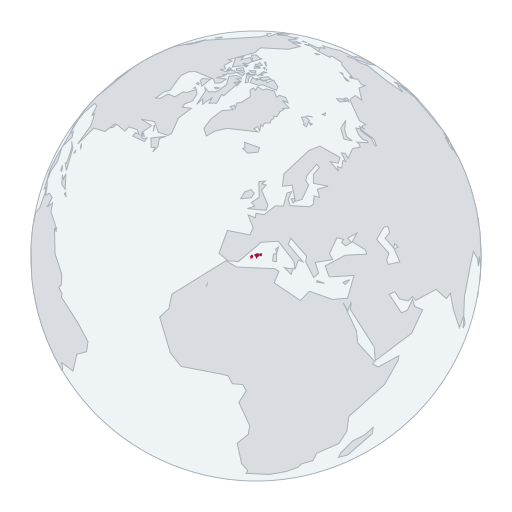 globe centered on Baleares, rotated 16°
{"feature_id": "ESP-5808", "entity_name": "Baleares", "entity_type": "Autonomous Community", "adm_level": 1, "iso_a3": "ESP", "parent_name": "Spain", "parent_adm1": "", "projection": "orthographic", "projection_center": [2.709, 39.359], "detail": "fine", "context": "on_globe", "style": "filled", "palette": "rose", "viewbox_px": 512, "rotation_deg": 16, "n_neighbors": 0, "source": "natural_earth", "source_scale": "10m", "svg_char_len": 11432}
<svg xmlns="http://www.w3.org/2000/svg" viewBox="0 0 512 512"><g transform="rotate(16 256 256)"><circle cx="256" cy="256" r="225" fill="#eef3f6" stroke="#a8b0b8"/><path d="M56.5,151.3L59.3,146.3L86.1,108.2L71.7,126.4L81.3,113.8L92.5,101.1L101.1,92.5L119.0,77.6L136.7,68.3L130.8,72.2L135.7,70.0L143.4,65.3L147.2,62.8L174.5,53.1L200.9,43.7L206.1,40.4L207.4,41.9L215.3,36.0L227.6,33.2L215.5,36.8L215.7,37.6L225.0,35.6L227.3,36.1L233.0,35.6L234.9,36.5L227.7,39.2L228.7,40.1L235.2,38.6L241.2,39.2L231.5,41.0L240.8,42.3L230.5,48.2L203.0,54.6L199.1,60.6L175.4,75.0L179.4,75.2L172.9,81.6L175.1,84.4L170.1,86.8L176.1,87.1L180.3,84.5L184.3,83.8L186.0,85.4L179.9,88.6L178.2,88.2L177.2,90.0L173.5,91.0L176.3,91.4L168.7,95.4L178.6,94.0L174.5,99.2L168.8,101.2L166.4,97.7L147.2,95.4L140.8,97.3L134.1,103.0L127.8,120.2L121.8,124.1L116.0,131.7L120.6,130.8L126.8,124.6L134.0,125.4L140.7,118.3L144.6,117.8L152.7,112.3L154.6,117.0L152.2,124.6L145.5,129.5L144.2,133.2L153.1,131.9L143.3,145.1L141.2,161.1L138.3,164.4L127.9,163.9L121.4,154.7L108.0,156.2L119.8,159.4L112.4,168.5L112.5,172.0L114.8,174.2L118.8,172.5L117.0,176.7L104.5,174.7L106.0,170.7L110.0,171.3L106.8,167.3L98.4,166.9L95.3,172.1L85.8,167.7L83.5,171.5L80.1,173.0L84.5,167.1L76.4,178.0L64.8,177.8L53.7,197.4L61.2,176.8L61.7,169.8L61.4,163.5L59.4,166.5L61.6,155.5L59.0,153.7L51.3,165.3L45.2,179.5L43.4,189.9L46.0,186.6L46.5,192.6L39.4,204.4L39.2,219.5L35.3,231.0L34.4,241.3L35.9,245.8L37.0,255.5L40.1,252.6L44.0,255.9L41.7,266.5L45.8,260.9L46.7,270.0L56.1,283.8L54.7,285.2L62.2,309.2L74.2,326.9L76.9,337.3L75.1,340.5L80.1,346.0L80.2,349.1L103.5,369.6L118.1,384.7L119.5,394.7L110.9,399.8L111.7,417.0L98.6,412.0L101.1,417.4L100.9,419.4L89.6,407.8L79.1,395.5L69.5,382.4L60.9,368.7L53.4,354.4L49.1,345.2L45.8,336.9L36.8,307.9L33.3,289.6L32.9,282.8L32.1,275.0L34.8,269.5L35.9,253.2L35.5,247.9L33.9,249.9L34.2,230.0L36.8,215.5L49.8,165.4L56.5,151.3ZM50.2,202.9L50.2,226.0L47.0,219.1L48.2,219.0L48.9,211.7L49.0,201.6L47.1,196.4L50.2,202.9ZM57.3,199.1L57.0,195.9L57.7,198.3L57.3,199.1ZM148.6,61.7L143.3,65.2L135.6,69.6L139.7,66.5L148.6,61.7ZM163.6,54.8L161.8,56.2L156.4,57.7L159.1,56.4L163.6,54.8ZM209.4,38.2L204.7,39.6L208.5,38.2L209.4,38.2ZM233.5,35.4L234.2,34.9L236.9,34.9L233.5,35.4ZM151.1,110.3L151.8,111.3L149.9,111.7L151.1,110.3ZM153.8,107.1L151.1,106.9L152.0,105.4L153.7,105.5L153.8,107.1ZM242.2,36.5L246.4,36.9L240.9,36.9L242.2,36.5ZM157.1,107.7L154.0,102.7L155.6,100.1L163.5,98.6L157.1,107.7ZM248.0,37.5L258.2,38.9L260.5,37.8L259.8,42.2L251.3,39.2L244.2,39.2L248.2,38.4L248.0,37.5ZM180.9,83.0L176.5,85.9L178.6,82.1L180.9,83.0ZM181.2,80.7L181.9,71.0L189.2,67.8L187.5,71.6L195.6,66.7L198.8,70.0L195.1,73.4L189.7,74.6L195.0,75.0L181.2,80.7ZM257.8,44.7L259.2,45.6L256.4,45.2L257.8,44.7ZM186.1,83.3L185.6,81.4L191.8,78.5L194.0,81.8L191.3,81.6L186.1,83.3ZM196.2,64.1L201.2,62.7L205.2,64.9L207.7,64.7L199.5,69.8L196.2,64.1ZM190.7,83.1L194.9,83.5L193.5,86.5L187.0,85.0L190.7,83.1ZM192.5,76.5L195.6,75.3L194.6,77.0L192.5,76.5ZM190.7,97.7L190.0,95.1L193.1,93.3L190.7,97.7ZM196.6,83.5L197.1,82.6L198.2,81.7L200.6,82.6L196.6,83.5ZM202.9,71.1L203.5,72.5L206.4,69.1L209.5,70.9L203.5,74.1L207.4,73.5L208.4,74.0L202.4,76.1L202.9,71.1ZM206.6,81.0L200.0,86.1L200.7,91.0L197.9,92.6L197.3,84.5L206.6,81.0ZM204.7,77.9L205.2,80.1L201.4,80.8L198.7,79.8L204.7,77.9ZM213.8,71.1L210.6,67.5L212.0,67.0L213.8,71.1ZM207.6,82.2L209.1,80.9L208.1,82.4L207.6,82.2ZM212.7,74.2L211.4,73.0L213.1,72.4L212.7,74.2ZM213.4,79.7L211.2,81.2L209.3,80.5L213.4,79.7ZM213.7,77.0L216.3,76.6L209.9,79.3L212.8,76.5L213.7,77.0ZM214.5,73.9L215.1,73.1L214.8,74.5L214.5,73.9ZM221.9,81.9L214.3,85.5L210.1,83.7L218.0,80.4L221.9,81.9ZM409.1,90.7L410.5,92.1L405.1,87.3L406.3,88.9L402.3,85.7L410.3,93.8L404.9,89.6L413.8,98.5L416.5,100.0L411.4,94.0L421.4,104.1L423.3,105.2L425.2,107.3L435.8,120.3L445.4,134.0L453.9,148.4L455.4,151.2L457.1,154.5L457.4,155.4L462.4,166.5L464.3,170.2L473.3,196.7L473.3,197.7L476.9,212.0L477.0,212.3L478.1,218.4L478.1,218.5L475.6,206.7L470.9,194.7L472.4,204.3L469.9,197.7L463.7,191.6L464.6,205.5L467.6,237.8L472.1,255.9L471.3,268.9L460.5,253.1L453.1,238.2L450.8,244.4L438.3,238.5L421.6,254.7L417.7,251.7L414.9,257.1L405.9,257.8L399.4,252.1L394.6,256.1L411.5,270.6L416.5,266.3L418.5,254.4L422.5,260.8L431.0,261.7L426.9,287.4L399.6,323.5L394.5,310.6L361.1,281.1L360.8,275.9L360.5,275.4L360.0,274.6L359.4,283.4L352.8,276.9L373.3,300.4L377.8,311.6L399.2,324.6L397.8,327.7L404.0,329.0L420.8,312.5L421.4,317.2L415.0,343.9L389.5,384.7L391.6,399.5L387.4,413.4L368.6,428.9L367.2,436.9L357.1,443.2L354.4,447.8L344.6,454.7L329.2,462.3L306.4,467.6L307.3,464.6L299.4,459.5L289.5,441.2L297.8,429.5L296.7,420.8L279.9,401.4L283.8,388.2L278.7,383.2L268.5,385.3L262.3,378.9L255.9,379.0L214.4,382.8L200.3,372.6L180.3,341.3L186.8,330.4L185.6,315.9L228.5,268.8L240.3,272.0L277.2,263.1L282.3,264.4L280.9,276.8L310.9,286.6L317.1,275.1L341.4,276.7L355.7,271.3L355.6,247.7L332.2,255.9L325.2,246.5L341.7,230.6L361.8,223.8L359.7,220.0L344.6,215.7L346.7,206.1L339.1,213.6L344.0,216.5L339.4,221.6L334.6,219.3L335.5,215.8L328.8,216.1L326.0,233.5L330.7,238.3L314.6,245.9L320.9,255.0L317.4,260.8L305.4,247.9L304.7,242.2L284.5,229.3L283.8,235.9L302.8,248.7L297.9,248.4L297.1,258.3L293.9,250.6L273.3,235.7L257.1,241.4L240.7,266.1L230.3,268.3L219.7,263.5L221.5,239.3L244.4,237.4L245.4,229.7L237.1,218.7L244.8,219.4L244.2,215.0L252.5,213.9L260.7,202.5L268.6,200.5L268.4,186.9L272.5,184.3L271.4,192.9L275.0,198.2L294.2,193.8L296.9,190.3L295.2,182.1L300.8,182.3L296.7,174.9L306.1,169.0L291.2,170.3L288.8,161.5L292.6,153.5L289.1,151.0L282.9,164.3L282.9,169.5L287.1,173.5L284.6,189.0L278.7,192.6L271.2,177.9L262.1,181.7L260.2,169.3L278.0,139.8L287.2,132.7L309.6,138.1L309.4,144.1L301.3,144.9L312.0,151.7L309.6,147.5L314.2,147.9L313.1,140.4L316.2,140.4L309.7,133.4L313.5,132.6L317.6,137.0L319.2,126.0L326.1,122.8L324.9,120.4L321.7,118.7L332.7,116.2L331.3,114.6L327.2,114.7L321.8,111.6L316.6,105.5L320.7,105.0L323.1,107.1L334.4,111.2L340.2,117.4L341.4,116.7L337.2,111.2L323.5,106.1L319.2,102.6L325.8,104.1L323.1,103.3L322.2,101.5L325.2,99.3L318.0,97.4L303.0,79.7L307.3,74.3L314.8,77.2L308.7,66.2L314.0,62.2L310.2,62.1L304.6,57.6L302.9,58.7L300.7,58.4L285.7,48.6L285.3,46.3L274.6,43.2L272.6,43.3L272.3,44.7L259.8,42.2L260.5,37.8L264.9,37.6L262.4,35.5L272.8,35.7L280.2,35.3L293.1,37.6L297.9,37.6L296.3,36.8L301.6,36.6L318.0,39.8L311.7,40.4L288.5,38.9L298.6,39.5L298.3,40.5L303.2,41.6L310.1,42.3L309.6,41.6L331.3,50.8L352.0,58.1L345.6,53.4L347.1,52.6L365.1,59.7L398.2,81.9L400.6,83.2L402.4,84.7L409.1,90.7ZM217.1,294.7L216.6,299.2L217.1,294.7ZM385.5,227.7L395.9,222.0L386.9,211.1L390.1,208.2L385.9,205.8L386.2,210.4L375.2,203.3L378.1,196.5L374.6,191.3L370.9,193.0L367.4,206.9L383.1,216.8L382.6,223.9L385.5,227.7ZM56.4,284.2L57.3,287.9L55.5,285.7L56.4,284.2ZM45.0,222.2L45.7,225.5L45.6,228.7L44.7,226.9L45.0,222.2ZM55.5,247.4L57.2,251.7L54.7,249.1L55.5,247.4ZM50.6,229.4L54.1,244.4L49.5,240.6L47.5,231.3L49.8,235.2L50.6,229.4ZM53.6,203.6L53.7,206.3L52.6,207.6L53.6,203.6ZM57.8,200.9L57.5,200.3L58.1,197.8L57.8,200.9ZM113.1,168.6L114.1,168.9L115.6,171.8L113.4,171.8L113.1,168.6ZM131.6,177.7L128.1,184.5L129.0,179.4L125.3,180.4L122.5,171.5L136.7,165.7L130.7,169.7L131.6,177.7ZM122.7,158.7L122.9,164.6L122.1,158.5L122.7,158.7ZM233.0,193.5L237.0,196.1L235.5,201.3L225.4,205.2L227.5,197.5L233.0,193.5ZM242.9,198.7L238.3,183.8L244.3,181.3L241.7,185.1L246.2,184.9L243.2,191.2L253.6,203.9L252.9,209.4L234.7,212.8L241.0,208.4L236.8,205.9L242.9,198.7ZM215.7,155.1L213.7,149.9L229.4,150.8L229.4,155.6L219.4,159.5L213.5,156.1L215.7,155.1ZM171.5,106.6L169.7,105.5L171.4,104.5L174.3,104.6L171.5,106.6ZM190.1,96.6L180.9,110.8L178.5,110.1L176.1,119.9L168.6,122.1L170.4,115.5L162.9,124.9L161.5,119.8L157.1,126.5L161.9,111.7L160.4,108.0L164.9,111.2L171.8,109.3L174.4,107.3L180.4,99.2L180.5,90.7L187.4,87.9L192.2,88.2L193.2,89.7L188.4,91.0L193.2,92.2L187.1,95.3L190.1,96.6ZM244.6,99.8L238.6,99.4L247.2,104.7L241.1,106.8L242.5,107.3L239.2,110.9L237.7,116.3L234.5,116.6L235.2,118.6L233.1,121.2L233.1,124.2L227.4,126.0L226.9,129.8L224.4,128.5L225.1,134.7L222.0,131.0L219.0,134.3L223.6,136.2L192.8,141.3L182.2,147.2L175.1,154.4L170.8,147.7L174.7,136.9L183.0,125.9L193.8,121.5L189.9,119.6L193.9,117.0L195.3,119.6L195.5,114.1L199.2,112.8L206.6,104.5L204.6,98.0L207.3,95.1L209.9,97.0L210.7,92.8L217.4,94.5L219.5,92.5L228.2,92.5L232.0,97.7L234.0,95.2L240.7,95.4L244.6,99.8ZM224.3,82.0L230.3,87.2L229.9,91.1L214.9,89.6L212.1,91.2L202.6,90.9L203.3,85.4L206.0,85.9L208.8,85.2L207.4,87.2L210.6,85.1L214.4,85.8L217.9,84.5L218.8,86.5L224.3,82.0ZM286.4,259.2L290.0,259.1L295.2,257.6L294.8,264.1L286.4,259.2ZM272.2,249.3L275.2,248.0L277.2,255.9L273.4,256.2L272.2,249.3ZM275.2,240.9L275.2,247.4L273.0,244.1L275.2,240.9ZM274.1,191.5L277.1,189.9L278.1,191.7L277.2,194.9L274.1,191.5ZM268.8,118.0L265.4,116.7L265.9,115.5L261.4,110.1L265.6,108.4L269.9,110.9L268.8,118.0ZM352.6,253.0L349.5,258.8L346.9,257.5L348.5,255.8L352.6,253.0ZM321.5,262.7L329.4,263.4L321.3,264.4L321.5,262.7ZM272.6,115.2L270.2,113.1L273.8,113.6L272.6,115.2ZM268.4,106.9L272.3,106.8L265.6,107.5L268.4,106.9ZM416.9,394.4L398.9,422.0L390.8,426.8L391.7,422.0L400.0,407.0L410.1,397.7L415.8,388.5L416.9,394.4ZM480.2,234.4L480.0,233.0L479.7,229.1L480.2,234.4ZM472.7,256.9L475.7,263.6L474.9,268.3L472.7,256.9ZM461.4,163.5L460.4,161.3L458.6,157.4L461.4,163.5ZM304.8,100.9L306.4,110.0L310.3,116.2L316.8,118.8L308.3,119.4L302.3,109.9L304.8,100.9ZM302.8,82.2L297.1,80.5L299.0,79.1L300.6,79.2L302.8,82.2ZM299.8,82.7L293.8,84.9L290.2,82.6L295.6,81.3L299.8,82.7ZM283.4,99.3L283.6,102.0L280.7,101.5L283.4,99.3ZM369.5,61.4L359.0,55.9L353.8,53.0L354.1,53.2L364.7,58.7L364.9,58.8L366.4,59.6L369.5,61.4ZM354.7,53.7L356.8,55.0L344.4,51.9L340.5,50.7L347.1,50.7L349.5,52.1L353.5,53.6L354.7,53.7ZM261.1,45.0L259.4,45.6L259.5,44.6L261.1,45.0ZM299.8,59.1L296.8,58.5L297.0,57.2L299.8,59.1ZM288.5,56.4L290.4,58.3L286.7,56.5L288.5,56.4ZM294.8,62.6L290.3,59.1L297.0,62.2L294.8,62.6Z" fill="#d9dde1" stroke="#a8b0b8" stroke-width="1"/><path d="M257.9,254.3L258.0,254.3L258.3,254.5L258.3,254.8L258.2,254.9L258.1,255.0L257.9,255.3L257.8,255.5L257.7,255.8L257.7,255.7L257.7,255.9L257.6,256.0L257.3,256.2L257.2,256.3L257.0,256.2L256.9,256.2L256.7,256.0L256.4,256.0L256.2,255.9L256.1,255.6L256.1,255.4L255.9,255.2L255.6,255.3L255.5,255.5L255.4,255.6L255.3,255.4L255.2,255.3L254.9,255.2L255.2,254.9L255.3,254.8L255.4,254.7L255.5,254.6L255.7,254.4L255.8,254.4L256.0,254.2L256.3,254.0L256.5,253.9L256.8,253.8L257.1,253.7L257.4,253.6L257.5,253.7L257.4,253.7L257.3,253.8L257.2,253.8L257.3,254.0L257.5,253.9L257.5,254.0L257.4,254.0L257.3,254.3L257.5,254.4L257.6,254.5L257.8,254.5L257.8,254.4L257.9,254.3ZM260.8,253.7L260.8,253.8L260.9,254.0L260.9,253.9L260.8,254.1L260.6,254.2L260.4,254.1L259.9,253.7L259.7,253.7L259.5,253.8L259.4,253.7L259.3,253.4L259.6,253.2L259.6,253.3L259.9,253.2L260.0,253.2L260.3,253.3L260.4,253.2L260.4,253.3L260.5,253.3L260.7,253.5L260.8,253.7L260.8,253.7ZM252.6,257.0L252.7,257.3L252.4,257.5L252.2,257.7L252.2,257.8L252.1,257.7L252.1,257.8L252.0,258.0L251.9,258.0L251.8,257.9L251.7,257.9L251.4,257.8L251.5,257.7L251.4,257.6L251.5,257.5L251.7,257.3L251.7,257.2L251.8,257.2L252.0,257.1L252.3,257.0L252.3,256.9L252.5,257.0L252.6,257.0ZM252.4,258.7L252.5,258.6L252.5,258.8L252.4,258.8L252.2,258.7L252.0,258.8L251.9,258.8L251.9,258.7L252.0,258.6L251.9,258.5L252.0,258.4L252.0,258.5L252.1,258.4L252.2,258.6L252.4,258.7ZM256.8,256.8L256.8,257.0L256.7,256.9L256.7,256.7L256.8,256.7L256.8,256.8Z" fill="#f43f5e" stroke="#9f1239" stroke-width="1.5"/></g></svg>